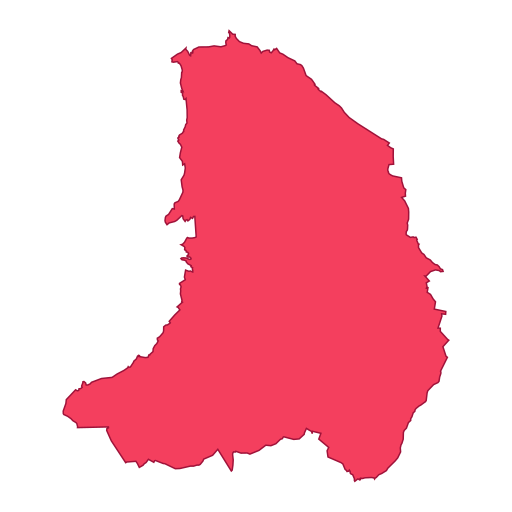 Mugeni, Harghita, Romania (orthographic projection)
{"feature_id": "2599482B85460636832431", "entity_name": "Mugeni", "entity_type": "district", "adm_level": 2, "iso_a3": "ROU", "parent_name": "Romania", "parent_adm1": "Harghita", "projection": "orthographic", "projection_center": [25.181, 46.268], "detail": "fine", "context": "isolated", "style": "filled", "palette": "rose", "viewbox_px": 512, "rotation_deg": 0, "n_neighbors": 0, "source": "geoboundaries", "source_scale": "gbopen_adm2", "svg_char_len": 6011}
<svg xmlns="http://www.w3.org/2000/svg" viewBox="0 0 512 512"><path d="M374.6,479.0L375.0,478.2L376.3,477.4L378.8,474.7L381.7,473.5L386.4,470.6L387.8,468.2L395.0,461.1L397.7,457.9L400.6,451.9L400.3,447.9L401.0,444.9L401.9,443.3L403.2,439.2L403.4,432.5L404.2,430.4L406.4,428.2L408.4,422.6L410.7,420.5L410.7,418.7L411.9,416.8L413.2,412.8L414.8,411.4L415.1,409.7L416.0,408.5L418.9,406.1L420.9,405.0L425.6,401.5L426.2,400.5L427.1,392.9L427.8,390.7L433.6,384.6L437.9,382.6L439.0,381.3L439.7,376.9L440.8,373.6L440.9,372.0L440.5,371.2L447.4,357.3L446.0,356.2L442.9,346.7L448.8,340.2L447.5,339.3L440.3,331.4L440.3,328.2L438.0,328.1L441.9,316.2L441.6,313.8L445.6,314.3L445.8,311.5L434.3,309.1L435.5,301.8L433.1,298.9L430.5,294.4L427.2,292.3L428.1,287.0L427.1,288.4L426.4,288.3L427.0,286.5L426.3,282.8L429.3,281.0L424.9,276.0L426.1,276.1L430.5,271.6L435.5,269.9L439.3,270.6L440.5,271.7L443.1,271.4L442.5,269.6L440.4,268.8L439.2,266.8L437.4,265.0L435.0,264.5L432.3,262.4L430.3,260.0L426.2,257.8L424.0,254.5L421.7,252.9L418.5,247.6L418.5,245.0L419.0,244.2L418.3,244.0L416.8,240.5L416.7,239.9L417.2,239.4L416.0,237.2L414.1,237.5L413.2,236.9L410.4,237.4L406.3,234.8L406.1,234.0L406.3,231.6L407.3,230.1L407.5,229.1L407.7,225.1L407.2,223.1L408.6,219.2L408.7,212.0L408.4,208.4L404.7,200.9L401.6,197.4L405.5,196.2L405.3,193.3L405.8,189.6L403.9,188.0L403.4,186.7L401.8,181.3L401.5,177.8L392.6,175.9L391.1,175.1L389.2,173.9L388.4,172.6L388.5,172.1L387.8,170.6L387.8,168.9L389.0,164.6L393.6,164.2L393.2,156.5L393.3,148.9L390.6,147.7L387.5,145.4L389.3,143.0L383.7,139.4L381.5,138.8L357.9,123.8L349.1,117.5L344.3,112.4L341.5,108.0L339.4,105.9L334.7,102.7L326.0,94.7L321.4,91.3L321.0,91.7L318.2,89.3L318.0,88.5L318.4,88.3L314.9,85.5L314.4,84.9L315.0,84.3L311.5,79.3L306.1,75.6L303.4,68.1L301.9,65.7L300.5,64.6L297.0,63.8L294.8,60.9L288.0,57.7L282.9,54.2L279.7,52.9L276.6,48.4L274.6,49.8L274.0,49.1L272.7,51.2L271.2,52.8L269.6,52.0L269.3,50.3L267.1,50.1L262.9,51.4L261.2,53.0L260.0,50.6L257.2,46.9L251.6,45.7L248.8,43.9L243.5,43.3L239.4,41.6L236.4,38.5L235.2,36.3L235.2,34.4L232.7,34.2L229.1,30.7L228.7,32.6L229.4,32.9L229.8,35.3L229.6,37.6L229.1,38.1L228.0,37.6L227.6,39.4L225.9,40.9L225.8,42.9L226.3,44.9L225.0,45.7L220.9,46.8L214.1,45.9L208.5,46.9L198.9,47.0L193.6,49.5L192.3,51.3L192.9,51.8L192.6,53.0L190.9,52.7L190.6,55.8L189.7,55.4L187.7,51.4L185.7,49.2L185.9,48.1L181.2,52.5L177.5,54.1L171.4,58.4L172.2,59.7L171.9,61.8L173.3,62.2L177.3,61.6L178.4,62.5L178.4,63.1L179.1,63.1L180.2,64.3L181.1,65.9L182.3,70.1L182.2,71.9L181.7,72.3L181.4,77.7L180.8,79.5L180.4,83.0L181.8,88.6L183.0,91.4L181.2,90.7L181.2,92.3L182.6,93.0L182.5,95.4L183.2,96.5L183.8,99.2L185.1,99.5L186.0,98.5L187.1,109.9L187.2,117.7L186.7,120.1L187.0,123.0L185.7,124.6L185.2,126.8L183.6,130.0L183.7,131.6L182.9,132.1L182.5,133.1L179.5,135.0L178.8,136.2L179.1,137.0L178.0,137.7L177.9,138.4L178.8,140.0L177.8,141.1L179.1,143.2L180.4,144.3L181.8,147.2L180.4,152.6L179.6,157.6L182.4,161.4L182.7,165.0L184.6,163.8L185.3,168.0L184.6,173.0L184.0,175.2L181.2,179.8L182.1,186.7L183.0,190.1L182.9,192.2L179.4,199.7L178.2,201.4L174.9,202.8L174.2,204.0L174.3,209.0L172.3,208.6L168.6,214.4L166.0,216.1L165.4,217.4L165.0,220.5L165.3,222.1L167.0,224.7L169.2,222.9L174.7,221.5L176.8,220.3L181.8,215.6L182.7,215.9L183.1,218.7L185.1,221.4L186.0,220.0L187.0,219.6L187.9,220.9L189.8,219.4L190.6,217.4L192.5,218.4L193.5,216.5L194.8,216.4L196.2,236.9L194.9,237.6L192.0,238.1L188.9,238.1L187.5,237.5L186.8,238.1L184.5,242.3L182.5,244.3L181.1,244.7L184.2,246.5L184.9,247.6L184.6,249.5L184.9,250.0L186.0,250.4L186.3,252.0L187.6,252.2L188.6,253.3L188.2,254.1L188.4,255.0L187.1,255.7L187.1,256.5L188.2,257.1L189.6,256.9L190.7,257.8L191.1,258.8L190.7,259.3L189.3,259.4L186.2,258.0L183.5,257.8L181.6,258.0L180.9,258.6L182.0,259.8L184.5,260.2L186.3,261.1L186.2,261.8L187.8,263.8L191.2,265.6L190.9,266.7L192.6,267.8L192.3,268.7L192.8,270.6L192.7,272.0L190.4,271.0L188.9,271.3L185.6,270.1L184.4,277.1L185.3,279.7L179.5,283.4L179.6,284.5L180.3,284.7L181.1,286.8L180.5,288.9L180.7,290.8L180.4,293.9L182.0,300.3L181.7,301.8L182.4,302.2L177.1,306.9L178.1,307.4L179.9,309.9L174.8,314.9L169.2,321.3L170.3,322.8L170.1,323.1L167.5,324.9L165.8,325.1L163.7,326.8L163.6,330.8L163.2,332.6L159.7,336.7L157.3,338.2L157.4,339.9L158.2,340.9L156.8,343.6L154.8,345.6L153.2,348.6L153.0,351.6L150.0,354.3L149.8,354.9L148.9,354.9L148.0,357.3L145.3,357.6L139.0,356.5L139.4,355.6L138.6,355.3L137.5,356.2L136.4,358.9L133.7,361.3L133.6,362.1L130.4,367.0L128.7,367.3L128.2,366.7L127.7,367.8L124.0,370.4L117.1,374.0L112.1,377.4L101.5,378.5L91.5,382.3L90.1,383.9L87.7,385.0L86.2,385.0L85.6,382.9L83.9,381.5L82.9,381.8L82.8,382.9L81.6,386.1L82.2,387.3L80.6,388.6L79.0,388.8L78.8,390.1L78.3,390.6L77.3,390.8L75.6,389.8L66.3,399.6L65.9,403.5L63.2,411.1L63.3,413.6L63.8,414.5L67.7,416.3L70.9,418.6L72.9,420.7L76.0,422.6L76.8,423.5L77.6,426.6L77.5,427.6L108.4,426.9L108.5,427.8L106.9,428.6L106.7,430.5L111.3,440.8L125.7,462.7L126.8,462.0L135.9,461.3L137.4,463.5L139.3,467.4L143.0,465.3L144.3,463.7L146.1,462.5L148.4,459.3L153.8,462.3L154.6,460.7L155.5,460.5L163.2,463.5L164.9,463.7L175.3,468.7L179.9,468.5L190.4,466.1L193.7,466.1L196.9,465.1L198.9,465.1L200.2,464.4L202.9,461.1L203.7,459.1L212.6,455.3L217.8,449.3L231.3,471.0L232.2,470.1L232.9,465.1L233.2,459.9L232.6,454.6L232.8,453.1L233.5,451.9L235.4,452.0L235.8,451.3L241.0,453.1L247.2,453.0L249.9,454.1L259.0,450.4L265.8,445.2L270.9,445.7L275.9,443.7L280.4,439.3L282.3,438.7L283.3,437.0L283.8,436.8L293.7,439.4L299.2,438.9L304.2,434.3L304.4,433.0L306.4,428.4L307.5,429.1L307.4,428.6L308.0,429.4L311.5,431.4L312.3,433.7L312.2,432.6L312.6,431.3L320.9,433.3L318.8,439.1L328.7,447.4L327.1,450.8L328.0,457.0L341.2,462.7L342.9,464.0L345.1,469.4L346.5,470.5L347.0,471.5L348.6,471.2L349.3,470.1L350.1,471.4L350.2,473.0L350.9,473.9L352.7,474.7L354.4,478.7L354.4,480.6L354.8,481.3L357.7,479.0L358.7,479.2L359.5,479.9L360.3,479.7L360.7,478.9L360.2,478.4L360.4,478.2L362.6,478.5L364.9,477.8L371.5,477.5L374.0,477.9L374.6,479.0Z" fill="#f43f5e" stroke="#9f1239" stroke-width="1.5"/></svg>